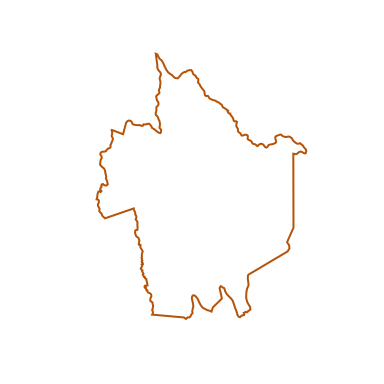 outline of Cametá, Pará, Brazil, rotated 137°
{"feature_id": "56859067B42741261340740", "entity_name": "Cametá", "entity_type": "district", "adm_level": 2, "iso_a3": "BRA", "parent_name": "Brazil", "parent_adm1": "Pará", "projection": "mercator", "projection_center": [-49.501, -2.281], "detail": "fine", "context": "isolated", "style": "outline", "palette": "amber", "viewbox_px": 384, "rotation_deg": 137, "n_neighbors": 0, "source": "geoboundaries", "source_scale": "gbopen_adm2", "svg_char_len": 6063}
<svg xmlns="http://www.w3.org/2000/svg" viewBox="0 0 384 384"><g transform="rotate(137 192 192)"><path d="M259.3,91.2L255.4,93.4L245.7,93.6L242.9,93.7L241.5,95.8L237.4,102.9L235.2,103.5L234.8,102.3L234.5,100.7L234.0,99.7L234.4,98.7L235.0,97.8L235.5,96.5L236.1,94.3L236.2,92.9L236.2,90.5L236.1,89.3L236.1,86.8L236.5,84.4L238.2,80.6L239.4,78.1L239.9,76.8L241.2,73.6L241.8,72.4L242.4,71.6L243.0,69.0L242.2,67.7L240.2,67.7L238.9,67.3L238.0,66.5L236.9,67.1L236.6,68.3L234.4,67.7L234.0,66.6L232.9,66.4L231.9,66.7L230.7,66.2L229.4,66.3L228.8,67.3L227.9,68.1L227.5,70.6L226.7,73.6L226.2,74.8L224.7,77.4L223.7,78.6L220.4,81.7L218.6,83.1L217.3,83.9L214.7,85.0L213.5,86.0L210.5,90.3L209.1,91.8L207.8,92.9L206.4,92.9L162.5,83.3L161.1,83.8L159.3,84.2L158.4,85.3L157.4,86.7L157.1,87.7L157.0,89.2L156.6,90.5L142.1,96.7L91.8,150.9L90.3,148.8L89.1,148.3L86.9,148.3L85.4,147.8L84.5,146.9L83.6,143.9L82.6,142.8L80.6,143.9L79.8,145.0L79.6,148.8L79.2,150.7L79.6,152.4L79.5,153.8L81.2,154.7L82.1,155.6L82.6,157.1L83.0,159.9L82.9,161.2L82.5,162.3L82.3,163.5L82.9,165.9L83.7,166.8L84.6,167.4L86.0,168.3L87.5,170.8L87.7,172.0L87.7,173.3L88.5,173.9L89.6,174.4L91.8,175.3L93.0,175.6L94.1,175.0L95.3,173.0L95.7,172.0L96.5,171.1L97.6,171.0L99.8,171.7L102.6,173.5L103.7,174.0L105.0,173.9L106.0,173.5L107.2,173.7L107.8,174.6L107.8,175.7L107.6,176.9L107.6,178.0L107.9,179.2L108.5,180.1L109.7,180.7L110.9,181.0L111.9,180.7L113.0,181.1L113.0,182.3L113.2,183.3L113.6,184.4L114.3,185.3L114.6,186.2L114.4,187.4L114.0,188.4L114.2,189.5L114.5,190.5L115.1,191.5L115.1,192.7L114.4,193.6L113.5,194.3L112.8,195.3L113.1,196.5L113.7,197.3L114.7,198.1L115.8,198.3L117.2,199.5L116.6,202.2L117.1,203.9L116.8,205.4L116.0,206.1L115.3,207.0L115.1,208.1L114.9,209.3L114.3,210.5L113.3,211.3L112.4,211.8L111.3,212.7L111.5,213.7L112.5,214.4L112.9,215.5L112.5,216.5L111.8,217.6L111.3,219.9L111.3,221.2L111.1,222.4L110.5,223.3L111.3,224.0L111.4,225.5L111.1,226.6L110.1,226.8L111.1,231.4L111.6,232.6L111.4,233.8L110.9,234.8L110.8,236.0L111.2,237.0L111.1,238.0L111.4,239.1L112.4,241.6L112.5,242.7L113.9,244.8L114.9,247.1L115.3,248.1L115.3,249.1L114.9,250.5L114.9,251.6L115.9,252.3L116.5,253.1L116.4,254.3L115.7,255.3L114.8,256.3L114.2,257.7L113.9,262.0L113.6,263.7L112.9,266.0L113.0,267.2L112.8,268.3L111.8,268.8L110.3,270.4L110.7,272.0L110.5,273.5L110.1,274.5L110.7,276.8L110.4,278.3L109.7,279.4L109.4,281.6L110.5,282.6L112.8,284.0L114.7,284.0L115.6,284.9L118.0,285.5L119.2,285.5L121.7,285.1L124.9,284.8L126.4,286.7L126.8,287.8L126.9,291.0L127.7,294.6L127.8,296.1L127.5,298.3L127.2,299.7L126.8,300.8L126.1,303.3L125.2,305.6L124.6,308.0L124.5,309.4L124.7,310.5L124.8,311.9L124.5,312.9L124.3,314.0L123.9,315.1L123.5,316.2L124.2,317.8L128.5,311.8L131.1,308.0L132.0,307.4L132.8,306.1L133.4,304.7L133.5,302.8L133.6,300.7L134.7,299.0L136.9,298.0L138.3,297.0L138.9,296.1L139.3,295.2L139.9,294.1L140.6,293.3L143.1,291.3L144.2,290.2L145.5,289.7L146.8,289.0L147.4,287.9L148.3,286.6L150.3,286.5L151.8,286.7L153.0,286.4L155.2,282.8L155.2,281.5L155.9,279.8L156.9,278.8L158.5,278.4L160.0,278.4L161.0,277.5L162.0,276.3L163.3,275.2L164.4,274.8L165.9,273.0L165.7,271.1L166.1,269.4L167.0,267.7L167.4,266.1L168.8,263.9L169.5,263.1L170.8,262.1L172.0,261.0L172.0,259.7L172.3,258.4L173.0,257.6L174.8,256.6L175.6,257.5L176.1,258.7L176.4,260.5L176.7,263.3L177.5,266.2L177.0,267.4L176.8,268.9L176.7,270.0L176.9,271.3L178.0,272.1L180.2,273.2L181.3,274.5L182.8,274.0L184.0,275.0L184.5,276.6L185.9,277.6L186.7,278.5L188.4,280.6L189.1,282.1L188.5,283.8L188.3,285.9L189.4,287.3L190.5,287.8L192.9,287.6L203.0,281.3L208.7,292.8L208.7,291.5L209.5,290.5L210.1,289.5L212.5,287.8L212.9,286.8L213.2,285.4L214.2,284.3L215.4,283.7L216.6,283.3L217.9,282.5L219.4,282.1L221.0,280.3L222.1,280.2L223.2,280.8L224.3,281.0L225.6,280.9L227.0,280.6L228.2,281.0L230.1,282.6L231.2,283.0L232.3,282.8L233.4,282.1L234.0,279.5L234.8,278.4L235.8,278.2L237.2,277.6L239.1,275.9L240.3,275.1L240.7,273.9L240.7,272.5L240.6,271.1L240.3,269.2L240.8,267.5L241.5,266.0L242.5,265.1L242.8,263.9L243.6,263.0L244.2,261.7L245.6,260.8L246.1,259.9L246.3,258.8L246.8,257.4L247.7,256.3L248.2,255.2L249.4,255.0L250.5,255.3L251.2,256.4L251.8,257.6L251.7,258.6L252.8,259.1L253.9,258.6L254.6,257.5L255.6,257.5L256.7,257.1L257.5,256.3L257.5,255.2L257.9,254.2L259.0,254.4L259.0,255.6L260.1,256.1L261.0,255.8L262.4,254.9L263.8,253.9L264.4,253.1L266.8,251.7L265.8,250.4L266.0,249.2L266.7,248.4L267.6,247.7L268.6,247.4L269.5,246.9L270.2,246.0L270.7,243.8L271.1,242.6L272.1,242.0L272.9,241.2L273.0,239.0L272.9,237.7L273.5,236.8L273.8,235.6L273.8,234.2L273.6,233.1L273.6,232.1L245.8,219.7L246.6,218.6L247.1,217.1L247.4,216.0L248.0,215.0L248.9,214.2L249.0,213.0L249.5,211.9L250.4,211.0L251.7,210.6L252.0,209.5L252.3,207.3L254.1,205.5L256.6,202.5L257.8,201.6L258.8,202.3L259.9,202.5L260.7,201.6L261.7,200.8L262.9,197.8L262.8,196.5L262.5,195.4L262.7,194.4L263.5,192.4L264.5,191.9L265.3,190.9L266.5,190.3L266.7,189.2L265.8,188.5L267.5,186.7L268.0,184.6L268.2,183.2L268.7,182.0L269.8,181.5L271.0,180.8L271.9,179.9L272.6,178.9L273.8,178.3L274.0,177.2L275.0,176.6L275.1,175.6L276.2,175.4L276.9,174.6L276.5,173.6L277.1,172.7L278.3,173.1L278.5,172.1L279.7,171.5L280.9,171.3L281.9,170.7L281.7,168.4L282.7,167.9L282.9,166.6L283.2,165.3L284.4,165.1L284.5,163.9L285.1,163.0L284.5,162.0L285.2,160.9L284.7,159.6L285.5,158.6L286.0,157.7L286.4,156.7L287.1,155.9L287.5,154.9L288.3,154.0L289.4,154.6L290.1,155.5L291.3,155.2L291.8,154.2L291.0,153.4L292.4,151.2L291.7,150.5L292.5,149.5L292.6,148.3L291.7,146.2L291.8,144.9L292.5,143.8L293.3,143.1L294.3,143.0L296.2,141.5L296.8,140.4L296.4,139.2L296.3,138.0L297.0,137.2L298.2,135.0L299.4,134.3L300.4,133.4L301.7,132.8L302.0,131.8L302.5,130.8L303.6,129.8L304.8,129.5L283.5,105.8L283.0,103.3L281.5,103.3L280.5,103.2L279.7,102.2L278.3,101.9L276.5,102.7L275.2,103.0L274.2,103.0L273.0,104.8L269.0,107.5L267.6,109.3L265.3,113.3L264.5,114.5L263.5,115.3L262.1,115.8L261.2,115.3L260.6,114.2L260.5,112.3L260.7,110.5L260.9,109.3L261.8,107.0L262.8,103.3L263.0,100.8L263.0,99.5L262.5,98.4L261.3,94.9L260.6,94.0L260.1,93.1L259.3,91.2Z" fill="none" stroke="#b45309" stroke-width="2"/></g></svg>